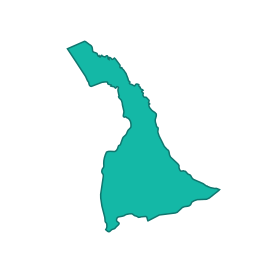 an SVG outline of Extrême-Nord, rotated 337°
{"feature_id": "CMR-1462", "entity_name": "Extrême-Nord", "entity_type": "Province", "adm_level": 1, "iso_a3": "CMR", "parent_name": "Cameroon", "parent_adm1": "", "projection": "natural_earth1", "projection_center": [14.611, 11.501], "detail": "fine", "context": "isolated", "style": "filled", "palette": "teal", "viewbox_px": 256, "rotation_deg": 337, "n_neighbors": 0, "source": "natural_earth", "source_scale": "10m", "svg_char_len": 4184}
<svg xmlns="http://www.w3.org/2000/svg" viewBox="0 0 256 256"><g transform="rotate(337 128 128)"><path d="M125.1,36.1L125.9,37.2L126.3,38.1L126.5,39.1L126.4,40.3L125.6,43.1L125.5,43.9L126.1,44.8L127.7,46.2L128.6,47.3L128.6,49.6L128.7,50.2L128.9,50.5L129.3,50.5L129.7,50.3L129.7,50.9L129.8,51.5L130.0,51.8L130.5,51.7L131.5,50.8L131.9,50.7L132.3,50.9L132.4,51.2L132.4,51.6L132.6,52.0L133.5,52.7L133.8,53.0L134.7,53.6L136.3,53.1L137.1,53.4L137.4,54.5L136.7,56.5L137.3,57.5L138.1,56.0L138.4,55.8L138.8,56.0L139.3,56.5L139.6,57.1L139.8,57.7L140.2,58.7L141.1,58.8L142.8,58.3L143.4,59.6L145.2,67.1L145.0,67.4L144.5,68.4L144.4,68.8L144.4,69.5L144.5,69.6L145.2,70.1L145.1,69.8L145.3,69.7L145.6,69.9L145.9,70.1L145.9,70.3L145.9,71.0L145.9,71.3L146.6,72.8L147.5,77.4L147.4,78.0L147.3,82.2L147.2,83.0L147.0,84.0L147.0,84.8L147.1,85.2L147.4,85.5L147.6,85.8L147.7,86.4L147.5,86.8L147.1,86.9L146.8,87.2L147.0,88.1L147.2,88.5L148.6,89.6L149.7,91.1L150.5,91.8L151.1,91.7L152.0,90.9L152.9,90.8L153.9,91.3L154.9,92.3L154.7,92.7L154.5,93.3L154.5,94.1L154.7,94.6L155.1,95.1L155.1,95.5L155.0,96.0L154.9,96.7L155.5,97.6L156.4,98.5L156.6,99.2L155.1,99.5L154.9,99.8L155.0,100.4L155.2,101.0L155.4,101.3L155.7,101.9L155.3,102.5L154.8,103.0L154.5,103.5L154.6,105.0L155.0,106.0L155.6,106.4L156.5,106.6L156.9,107.2L158.2,110.8L157.9,111.4L157.0,112.3L156.7,112.9L156.8,113.2L157.4,113.8L157.4,114.2L157.2,114.5L156.9,114.5L156.5,114.5L156.3,114.5L155.9,115.8L155.8,117.0L156.0,118.3L156.8,121.0L157.4,122.1L158.8,124.2L159.5,126.2L158.8,127.9L156.3,131.0L155.9,132.1L155.5,133.3L155.2,136.4L154.9,137.4L154.9,138.1L155.1,138.5L155.4,138.8L155.6,139.1L155.7,139.8L155.3,140.8L154.1,142.8L153.8,143.8L153.5,147.6L153.9,153.8L154.2,159.1L155.6,163.0L156.2,163.9L156.5,165.0L156.3,166.5L155.7,169.1L155.8,171.4L159.8,180.4L160.2,181.8L160.2,182.8L159.6,183.9L159.3,185.4L159.3,186.9L159.6,188.1L160.0,188.4L160.4,188.6L161.0,188.8L161.6,188.9L162.2,189.0L162.5,189.3L162.8,189.6L163.8,190.2L164.3,191.2L165.0,193.5L165.8,194.5L166.5,195.1L167.0,195.9L167.2,197.1L167.3,198.6L167.7,199.9L168.2,200.9L175.5,208.7L177.4,211.9L178.2,212.4L178.2,212.7L180.6,215.1L184.1,217.5L185.9,218.2L188.2,220.5L187.3,220.9L175.5,224.2L172.5,224.3L163.7,221.0L160.6,220.8L158.1,221.1L157.7,221.3L157.1,221.7L156.1,222.7L155.6,223.1L154.1,223.5L152.5,223.4L149.4,222.5L147.0,222.4L140.4,224.8L138.3,224.7L122.9,220.3L110.1,221.3L110.0,221.1L110.5,217.4L109.9,216.4L105.1,214.8L104.2,214.8L102.7,214.3L101.6,212.7L99.9,211.3L99.7,211.1L98.4,208.8L97.7,208.3L95.9,207.6L93.1,207.0L92.0,206.9L89.9,207.2L87.8,206.9L84.5,206.1L83.7,206.2L82.9,206.5L82.0,207.3L81.6,208.0L81.3,208.8L81.3,209.4L81.6,210.1L82.4,211.5L82.6,212.1L82.3,212.7L81.7,213.2L78.3,214.5L77.1,215.1L76.3,215.4L75.3,215.3L73.3,215.2L70.8,216.1L70.1,216.1L69.5,215.8L69.0,215.3L67.9,213.2L67.8,212.8L68.3,212.5L69.4,211.5L70.0,210.6L70.8,208.5L71.0,207.7L70.9,207.0L70.5,205.8L70.5,205.0L71.7,201.2L73.5,189.6L75.5,181.9L76.9,178.4L86.3,163.0L86.6,162.3L87.0,161.3L86.6,159.0L86.9,157.7L87.5,156.7L88.3,155.8L90.3,154.5L90.9,153.6L91.8,151.1L93.1,148.5L94.8,146.0L96.8,143.7L98.8,141.8L100.5,141.8L102.5,142.5L106.2,144.3L107.3,144.5L108.5,144.1L109.6,143.5L110.5,142.7L112.0,141.0L112.6,140.6L114.0,140.5L114.5,140.3L119.1,135.3L120.1,134.6L123.2,133.5L124.3,132.8L126.3,130.8L127.4,130.0L130.1,128.9L131.0,128.3L131.6,127.2L132.2,125.7L132.6,124.2L132.8,122.9L132.7,121.4L132.4,120.2L131.9,119.1L131.0,118.1L130.7,117.7L130.5,117.3L130.3,116.9L129.9,116.6L129.0,116.6L128.8,116.5L128.3,115.8L128.3,115.3L128.5,114.7L130.4,111.8L130.8,110.8L131.9,104.5L132.5,102.6L132.7,100.5L132.7,100.1L132.6,99.4L131.6,96.8L131.5,95.6L132.5,94.9L132.4,94.3L133.3,89.9L133.6,89.1L133.8,88.8L134.0,88.4L135.0,87.2L134.9,86.6L134.6,86.0L134.0,85.6L133.6,85.8L132.9,86.2L132.2,86.5L131.9,86.2L131.5,84.9L130.7,84.2L129.6,83.5L128.6,82.7L129.1,82.3L129.3,82.2L129.3,81.8L128.8,81.5L127.2,80.2L126.8,79.7L126.7,79.2L127.0,78.3L126.8,77.6L125.4,76.8L122.0,75.8L111.2,75.4L110.4,75.3L109.7,74.8L109.3,73.8L109.2,73.1L109.5,71.2L109.6,70.1L109.3,69.1L109.2,68.8L109.1,64.0L106.2,47.7L103.2,31.4L121.8,31.2L122.7,31.9L125.1,36.1Z" fill="#14b8a6" stroke="#0f766e" stroke-width="1.5"/></g></svg>